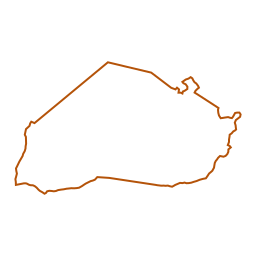 the district of Croatá, Ceará, Brazil
{"feature_id": "56859067B24507433610360", "entity_name": "Croatá", "entity_type": "district", "adm_level": 2, "iso_a3": "BRA", "parent_name": "Brazil", "parent_adm1": "Ceará", "projection": "natural_earth1", "projection_center": [-40.941, -4.378], "detail": "fine", "context": "isolated", "style": "outline", "palette": "amber", "viewbox_px": 256, "rotation_deg": 0, "n_neighbors": 0, "source": "geoboundaries", "source_scale": "gbopen_adm2", "svg_char_len": 2015}
<svg xmlns="http://www.w3.org/2000/svg" viewBox="0 0 256 256"><path d="M15.9,184.9L21.6,183.8L24.1,183.3L25.8,183.3L27.3,183.8L28.8,184.7L30.5,185.2L32.9,185.3L34.7,186.1L36.7,187.7L38.5,189.7L39.9,190.9L42.3,192.2L44.5,193.7L46.0,192.9L47.1,191.3L49.3,190.8L51.8,191.0L53.8,191.3L55.9,191.0L58.1,190.1L61.2,189.6L63.7,189.3L66.7,188.7L68.8,188.5L71.3,188.2L74.1,188.3L76.6,188.1L79.1,187.7L80.7,186.8L82.1,186.0L84.0,184.7L85.7,183.6L89.1,181.9L90.7,181.1L92.7,180.6L94.9,179.7L97.3,177.1L109.2,177.9L155.7,184.9L157.2,185.2L159.0,185.4L161.3,185.7L163.6,185.6L165.6,185.8L167.9,185.6L169.7,186.2L172.1,186.7L173.6,185.9L175.3,184.9L177.2,184.1L180.0,182.9L182.5,183.1L184.5,182.6L186.5,183.2L188.7,183.1L191.2,182.7L193.9,181.8L196.7,181.0L199.6,179.8L202.8,178.9L205.9,178.3L207.7,175.7L209.1,173.5L210.6,172.3L212.3,170.8L214.0,167.7L214.4,165.2L214.8,162.9L215.8,160.9L217.0,159.5L218.1,157.8L220.0,156.0L223.5,156.7L225.6,155.9L227.3,154.1L228.3,151.9L228.4,149.4L230.8,147.4L229.7,146.0L227.8,145.1L229.0,142.0L229.0,139.6L229.5,136.7L229.7,134.7L231.6,133.4L233.3,131.4L234.8,130.6L236.1,129.5L235.8,127.3L235.6,125.3L234.8,122.7L235.9,120.0L237.8,118.6L240.1,116.8L240.6,114.4L239.4,112.6L237.1,112.6L235.1,113.0L234.0,115.0L233.0,116.8L231.9,118.1L230.2,117.8L228.1,117.1L224.6,117.6L222.9,117.9L220.7,118.2L219.0,115.5L218.3,112.9L218.0,109.8L218.5,108.0L197.5,94.4L194.6,92.6L195.5,90.8L197.3,89.0L198.9,87.7L198.1,85.9L196.3,83.5L194.5,82.2L193.3,80.4L192.3,78.3L190.6,77.2L188.5,78.6L185.8,79.5L183.8,80.9L182.4,81.9L183.4,83.2L185.7,84.3L187.4,86.7L187.3,89.0L184.6,90.8L182.9,91.5L182.4,93.5L180.8,92.7L178.5,92.7L179.0,89.4L177.0,87.7L175.5,89.4L171.2,87.8L151.2,72.6L123.8,66.1L121.4,65.5L107.9,62.3L34.5,123.1L31.3,121.7L30.2,123.4L29.5,125.9L26.0,129.1L24.8,134.7L25.9,136.9L26.1,143.7L25.6,146.3L25.5,148.5L24.7,151.2L23.2,153.8L22.6,156.0L19.3,161.7L16.9,166.7L16.0,168.4L16.3,170.9L16.9,173.6L16.0,177.1L15.4,179.1L15.8,181.9L15.9,184.9Z" fill="none" stroke="#b45309" stroke-width="2"/></svg>